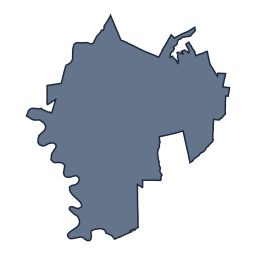 Butea, Iasi, Romania
{"feature_id": "2599482B5832134522428", "entity_name": "Butea", "entity_type": "district", "adm_level": 2, "iso_a3": "ROU", "parent_name": "Romania", "parent_adm1": "Iasi", "projection": "mercator", "projection_center": [26.967, 47.08], "detail": "fine", "context": "isolated", "style": "filled", "palette": "slate", "viewbox_px": 256, "rotation_deg": 0, "n_neighbors": 0, "source": "geoboundaries", "source_scale": "gbopen_adm2", "svg_char_len": 5670}
<svg xmlns="http://www.w3.org/2000/svg" viewBox="0 0 256 256"><path d="M105.7,232.9L106.6,233.3L109.1,234.3L111.5,235.5L112.1,236.0L113.0,237.0L114.6,239.1L119.4,237.0L119.5,237.2L122.6,235.6L131.6,231.7L130.3,231.1L133.2,229.2L133.4,229.5L133.7,230.4L135.3,229.7L135.3,229.4L135.5,229.0L138.1,227.3L138.3,227.1L138.2,226.9L138.0,226.4L138.0,225.8L138.0,219.9L138.0,219.4L137.9,213.4L137.9,212.6L137.8,211.4L137.6,207.5L137.7,206.2L137.6,204.7L137.4,186.6L137.3,184.5L141.5,186.9L142.3,187.6L142.5,187.5L142.6,187.2L142.6,186.1L142.6,183.0L142.6,180.2L144.0,180.2L152.8,180.2L160.6,180.4L160.9,179.8L160.8,179.1L161.1,177.6L160.9,176.4L161.1,176.1L161.8,175.6L162.0,175.0L161.9,174.5L161.2,174.1L160.9,174.0L160.8,173.8L160.7,173.0L159.9,171.7L160.0,170.7L159.9,169.8L160.1,169.2L160.4,168.5L160.4,168.1L159.9,167.0L159.0,164.6L159.0,163.6L159.2,162.2L158.3,159.4L157.5,153.0L157.9,150.5L159.3,146.8L159.5,145.3L159.2,144.6L159.3,143.9L159.8,143.0L160.0,142.0L159.5,139.8L159.3,136.7L162.9,136.0L175.5,133.1L179.8,131.9L180.9,131.5L183.1,130.9L184.3,136.4L185.2,140.7L185.4,141.6L185.9,143.6L186.2,145.3L186.7,147.3L187.5,151.0L188.4,154.7L188.9,157.7L190.0,162.1L190.0,162.7L192.1,161.3L192.6,161.0L193.1,160.4L193.4,159.3L193.8,158.9L194.7,158.6L194.8,158.3L195.7,157.7L196.1,157.5L196.3,157.2L196.7,156.9L197.0,156.8L197.6,156.3L198.9,155.5L199.7,153.9L200.3,153.6L200.8,153.3L201.3,152.6L201.9,152.3L202.9,152.1L203.4,151.8L205.0,150.1L206.2,148.1L206.3,147.7L207.2,146.8L208.5,146.0L208.7,145.8L209.1,145.0L209.4,144.7L210.3,143.8L210.3,143.6L210.6,143.3L211.4,142.6L212.2,142.1L212.7,140.8L212.9,140.2L213.3,139.9L213.1,139.5L212.9,138.1L212.7,137.5L212.8,135.8L212.9,135.2L212.8,134.4L212.9,132.1L213.3,128.8L213.2,127.2L213.3,124.3L213.4,123.9L213.5,121.7L213.4,121.2L213.5,120.7L213.6,119.4L218.9,120.0L219.4,119.8L220.3,118.9L221.0,118.1L221.5,118.2L222.1,117.4L222.7,116.9L224.1,115.2L225.0,114.4L225.5,113.9L225.1,112.1L225.4,104.0L225.3,103.3L225.4,100.4L225.7,95.9L228.1,96.2L228.3,94.7L229.1,91.2L229.5,87.7L222.9,86.9L223.0,85.9L224.0,80.8L224.5,78.8L225.6,73.6L217.8,73.2L217.6,75.1L217.4,76.2L213.9,70.6L211.9,67.2L211.1,66.1L210.7,65.4L210.0,63.9L208.7,58.9L208.6,57.9L208.1,55.9L207.7,53.4L207.1,51.3L205.3,52.0L203.0,53.1L199.4,54.2L195.8,55.7L195.2,53.8L194.6,51.4L194.1,50.8L193.6,50.0L193.0,49.3L191.9,47.6L191.6,46.8L191.3,45.9L191.0,45.6L190.3,45.1L190.0,44.7L189.3,42.9L189.0,42.2L187.6,42.9L185.9,44.2L186.6,45.6L187.0,46.8L187.9,48.2L188.3,49.2L188.8,50.4L189.0,51.4L189.0,51.9L188.8,52.6L188.6,53.1L188.3,53.1L188.0,52.6L187.4,51.8L185.4,50.7L184.6,50.0L183.6,50.4L181.3,51.5L181.6,51.9L182.4,52.6L183.2,53.8L183.2,54.0L182.6,53.7L182.0,53.4L181.5,53.4L180.8,53.6L180.4,53.5L179.6,52.7L178.4,52.3L178.0,52.3L177.2,52.6L177.0,52.8L177.5,53.9L177.8,55.4L177.6,56.6L177.6,57.7L178.4,59.4L178.5,59.7L178.3,61.1L178.4,62.0L178.3,62.6L177.9,63.5L177.6,63.6L177.3,62.1L177.1,61.4L176.8,60.9L175.9,59.8L174.7,58.9L174.2,58.7L173.7,58.2L173.0,57.2L172.7,56.3L170.1,57.1L170.5,56.1L170.4,54.8L170.6,53.3L171.7,52.2L172.7,51.3L173.7,50.0L174.3,48.5L173.4,47.5L174.5,46.2L174.8,45.9L176.2,45.1L176.7,44.5L177.0,44.0L177.2,43.5L177.4,42.3L177.9,40.7L178.1,40.2L178.4,39.6L180.3,39.1L180.7,38.9L182.0,37.7L182.4,37.4L183.4,37.1L185.3,36.9L186.5,36.6L189.1,36.4L190.0,36.1L191.0,35.5L191.2,35.0L192.0,33.9L192.7,33.5L193.7,32.4L194.4,31.5L195.3,30.6L195.1,30.0L194.8,27.3L193.1,28.1L193.1,28.4L190.6,29.8L190.1,30.2L186.4,32.2L184.7,32.8L182.4,33.8L178.6,35.7L175.7,37.3L174.5,38.1L171.6,35.2L171.1,34.8L170.5,35.9L170.3,36.5L170.1,36.9L169.6,37.6L169.3,38.0L168.0,40.3L166.9,42.5L166.0,43.7L165.4,44.8L165.0,45.7L164.3,46.8L164.0,47.0L163.8,47.4L162.7,49.3L162.0,50.7L162.3,50.8L158.7,57.1L147.1,52.4L146.7,52.3L145.3,51.6L144.0,51.1L135.1,46.7L134.5,46.3L128.6,43.6L127.6,43.1L127.5,42.9L124.7,41.6L123.1,40.9L122.1,40.6L120.8,39.9L110.5,15.4L110.2,16.2L108.0,20.1L104.1,26.2L104.1,27.7L103.7,29.3L103.2,30.4L102.1,30.2L101.3,30.3L100.7,31.8L100.2,32.5L99.5,33.4L97.9,35.0L96.8,36.2L96.4,36.9L94.2,41.4L93.7,42.4L93.3,42.9L92.8,43.3L92.2,43.6L91.4,43.9L90.9,43.8L90.3,43.8L87.8,42.7L87.2,42.6L83.4,42.8L77.0,42.7L76.3,42.9L75.5,43.2L74.5,44.0L73.9,44.8L73.6,45.7L73.1,47.8L72.8,49.7L72.7,50.4L72.7,52.5L72.7,54.2L72.6,57.5L72.6,58.6L72.3,59.6L71.9,60.7L71.2,61.7L70.4,62.7L69.6,63.3L68.7,63.9L67.0,64.8L66.3,65.3L65.8,66.0L65.5,67.0L64.3,71.1L63.3,75.2L61.8,81.2L61.3,83.3L47.1,85.5L47.2,88.5L47.1,91.2L47.1,98.4L47.0,103.9L47.1,104.2L47.7,104.6L55.6,99.4L54.7,102.9L53.3,107.7L52.9,108.9L51.9,112.6L51.7,112.9L51.1,112.7L50.2,112.3L49.9,112.2L48.1,112.1L42.8,109.6L41.6,108.9L41.4,108.7L42.0,108.2L40.7,108.5L38.7,108.8L33.2,108.3L32.2,108.3L31.5,108.5L30.7,108.8L29.9,109.3L29.2,109.9L28.3,111.1L27.8,112.5L26.6,115.8L26.5,116.0L27.2,116.2L29.1,117.6L32.5,119.6L35.3,120.1L39.5,119.9L43.8,122.9L45.8,126.2L45.0,129.9L39.0,135.5L38.1,138.7L38.0,142.5L39.4,144.7L42.2,145.9L45.0,145.6L48.9,143.4L52.6,142.8L55.8,144.3L56.1,147.0L51.7,153.9L51.0,159.7L52.9,161.8L55.0,162.7L58.4,162.4L62.5,162.9L64.8,165.4L63.5,172.8L64.4,175.8L66.4,177.1L69.0,177.4L75.7,175.6L77.5,176.4L78.9,177.8L79.1,180.5L77.7,183.2L75.2,184.8L71.7,185.5L69.6,187.0L69.5,189.0L70.4,192.1L72.7,195.0L80.3,202.1L81.7,204.9L81.4,206.8L79.0,208.4L76.3,208.3L73.1,206.8L70.3,206.8L69.3,207.9L69.5,209.6L71.1,211.3L74.4,214.3L77.1,215.8L78.7,218.0L79.4,220.6L79.6,222.7L78.4,225.4L76.9,227.1L70.1,231.7L67.5,234.6L67.9,236.5L69.6,238.5L72.2,238.6L81.1,236.9L83.2,237.7L84.9,239.2L87.3,240.6L89.5,240.6L90.6,239.6L91.2,237.5L91.5,235.6L90.9,233.3L91.2,231.0L93.6,229.7L97.6,228.9L101.3,228.6L104.7,230.0L105.9,232.4L105.7,232.9Z" fill="#64748b" stroke="#1e293b" stroke-width="1.5"/></svg>